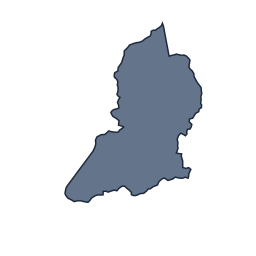 Terra Nova, Pernambuco, Brazil (Albers equal-area conic projection), rotated 330°
{"feature_id": "56859067B57028644617206", "entity_name": "Terra Nova", "entity_type": "district", "adm_level": 2, "iso_a3": "BRA", "parent_name": "Brazil", "parent_adm1": "Pernambuco", "projection": "albers", "projection_center": [-39.396, -8.152], "detail": "fine", "context": "isolated", "style": "filled", "palette": "slate", "viewbox_px": 256, "rotation_deg": 330, "n_neighbors": 0, "source": "geoboundaries", "source_scale": "gbopen_adm2", "svg_char_len": 2453}
<svg xmlns="http://www.w3.org/2000/svg" viewBox="0 0 256 256"><g transform="rotate(330 128 128)"><path d="M197.4,149.2L199.1,147.2L201.7,147.1L203.3,144.8L203.3,142.8L205.6,139.9L206.7,137.3L209.0,135.2L210.3,132.1L211.5,129.4L211.2,126.9L210.9,124.3L210.7,122.3L210.8,119.8L210.9,116.6L212.2,113.7L212.1,110.4L211.3,108.1L211.2,106.1L212.6,103.7L214.1,102.1L215.6,100.1L215.3,97.7L214.5,94.9L212.9,92.7L210.8,91.9L208.8,90.1L206.7,88.1L204.5,87.8L202.0,86.9L199.6,86.4L200.4,83.7L201.9,79.5L203.7,74.3L208.7,60.2L209.6,57.4L210.2,54.5L208.1,56.1L205.4,56.6L202.9,56.7L200.6,57.1L198.7,55.9L196.5,55.8L195.0,58.1L193.0,59.5L190.8,59.3L187.6,59.3L184.1,59.9L181.1,59.6L178.1,58.4L175.3,57.6L173.2,57.3L170.8,56.9L168.7,57.9L165.9,58.7L163.3,59.4L161.2,62.9L158.2,65.3L155.3,68.1L152.6,69.4L149.7,70.8L147.8,73.5L144.1,73.5L142.5,75.3L141.6,77.1L142.6,80.1L142.3,83.0L140.2,85.4L139.8,87.7L137.9,90.9L135.2,93.4L135.5,95.7L136.4,97.4L133.9,98.8L131.6,100.7L131.2,103.9L130.0,106.0L128.0,105.9L125.8,105.1L123.3,105.0L121.0,105.9L120.6,108.2L120.8,110.7L122.4,113.4L123.9,117.1L122.4,119.1L121.2,120.9L123.2,122.7L124.7,125.0L122.7,125.4L119.9,125.6L117.2,126.6L115.3,125.5L113.4,124.2L111.8,122.9L109.8,120.9L107.0,121.6L104.7,122.0L101.5,120.4L96.6,120.2L93.7,122.3L92.4,125.3L90.4,127.5L88.1,129.2L85.9,130.7L64.1,140.1L60.6,141.6L58.4,142.6L46.3,147.8L44.4,149.0L42.4,151.1L40.7,153.2L40.4,155.2L40.9,158.8L42.9,161.7L44.6,164.8L47.9,165.8L50.8,167.5L52.7,169.4L54.5,171.0L56.2,172.3L58.5,171.8L61.3,170.5L65.3,170.2L68.1,170.7L70.6,172.2L73.0,173.4L74.8,170.5L77.2,171.7L78.8,173.6L82.0,174.2L84.8,174.8L87.0,176.8L90.5,175.6L94.1,175.4L96.1,177.0L96.8,179.4L98.1,182.8L98.7,185.5L97.6,187.4L98.8,189.1L100.6,190.2L102.7,190.7L105.7,190.9L109.0,192.4L112.7,191.8L114.9,190.9L117.0,191.8L120.2,191.4L122.4,191.7L125.1,192.1L127.6,190.1L131.5,189.1L134.5,189.5L135.4,191.5L136.4,193.4L138.6,193.9L141.2,194.5L144.4,194.2L147.1,196.8L150.0,198.7L153.0,199.3L155.0,201.5L156.5,200.0L157.6,198.2L159.4,196.9L161.7,195.3L160.8,192.7L157.9,191.9L155.7,189.6L157.3,186.7L159.0,183.6L159.5,181.1L160.2,178.8L161.5,177.2L159.3,175.6L157.4,173.8L159.5,172.1L161.3,170.4L161.9,168.4L163.9,165.7L164.8,162.6L167.8,159.9L171.1,158.9L172.7,161.2L173.8,163.4L176.1,162.6L177.1,160.3L179.0,158.9L181.2,159.9L183.5,158.5L185.1,156.7L184.1,153.4L185.7,150.9L188.9,151.9L191.2,150.6L193.9,149.1L197.4,149.2Z" fill="#64748b" stroke="#1e293b" stroke-width="1.5"/></g></svg>